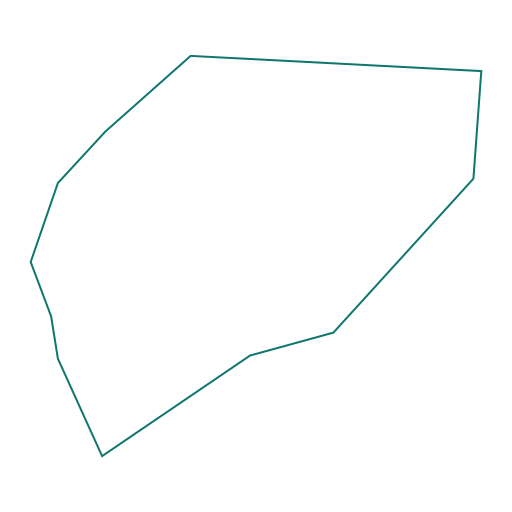 Odranci, Robinson projection
{"feature_id": "SVN-1046", "entity_name": "Odranci", "entity_type": "Municipality", "adm_level": 1, "iso_a3": "SVN", "parent_name": "Slovenia", "parent_adm1": "", "projection": "robinson", "projection_center": [16.274, 46.584], "detail": "fine", "context": "isolated", "style": "outline", "palette": "teal", "viewbox_px": 512, "rotation_deg": 0, "n_neighbors": 0, "source": "natural_earth", "source_scale": "10m", "svg_char_len": 264}
<svg xmlns="http://www.w3.org/2000/svg" viewBox="0 0 512 512"><path d="M190.6,55.9L481.3,71.1L473.4,178.7L333.4,332.6L250.1,355.5L102.1,456.1L57.9,358.7L51.1,316.3L30.7,262.0L57.9,183.0L105.5,131.4L190.6,55.9Z" fill="none" stroke="#0f766e" stroke-width="2"/></svg>